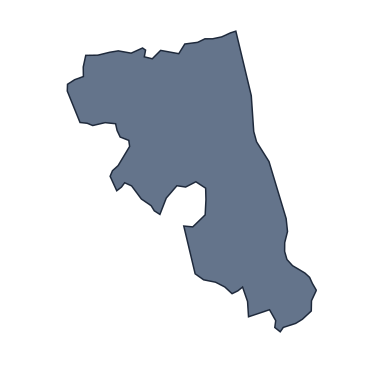 the County of Komárom-Esztergom, rotated 80°
{"feature_id": "HUN-3163", "entity_name": "Komárom-Esztergom", "entity_type": "County", "adm_level": 1, "iso_a3": "HUN", "parent_name": "Hungary", "parent_adm1": "", "projection": "albers", "projection_center": [18.366, 47.587], "detail": "fine", "context": "isolated", "style": "filled", "palette": "slate", "viewbox_px": 384, "rotation_deg": 80, "n_neighbors": 0, "source": "natural_earth", "source_scale": "10m", "svg_char_len": 1172}
<svg xmlns="http://www.w3.org/2000/svg" viewBox="0 0 384 384"><g transform="rotate(80 192 192)"><path d="M266.6,111.1L275.0,110.2L282.0,105.8L291.5,94.8L296.5,91.0L303.1,89.3L310.1,86.7L310.8,86.9L319.8,93.2L329.9,95.2L336.5,105.4L339.4,112.7L341.2,125.6L345.0,129.4L339.8,134.0L333.2,131.9L321.4,136.1L324.7,158.0L309.5,156.3L294.4,158.7L297.3,164.0L299.1,170.2L291.2,176.2L284.9,184.5L280.5,195.8L273.1,203.1L224.1,206.0L226.5,197.3L216.8,183.0L202.0,179.6L190.6,177.9L182.6,186.4L186.0,197.4L183.2,205.8L193.5,218.4L208.5,227.5L204.0,232.4L198.4,234.6L190.1,243.1L175.5,250.4L171.2,256.7L174.9,260.6L177.7,265.9L162.3,269.9L157.2,266.6L153.2,260.2L136.3,245.5L130.2,245.3L125.4,253.2L118.4,255.1L111.5,255.4L108.6,265.5L109.3,278.2L106.1,283.3L104.1,290.2L70.9,297.3L64.3,295.9L61.0,288.0L59.4,278.9L50.0,277.4L39.0,272.9L40.9,261.0L40.1,248.8L40.2,240.1L44.7,227.8L41.6,215.7L44.2,213.1L50.6,215.5L53.9,208.0L47.1,198.3L53.5,181.0L45.0,173.4L45.6,160.4L43.4,152.7L44.7,145.1L44.4,135.8L42.0,126.6L41.2,120.9L107.4,116.9L143.1,120.7L153.8,119.7L175.4,110.9L234.5,103.9L247.5,104.8L258.0,109.5L266.6,111.1Z" fill="#64748b" stroke="#1e293b" stroke-width="1.5"/></g></svg>